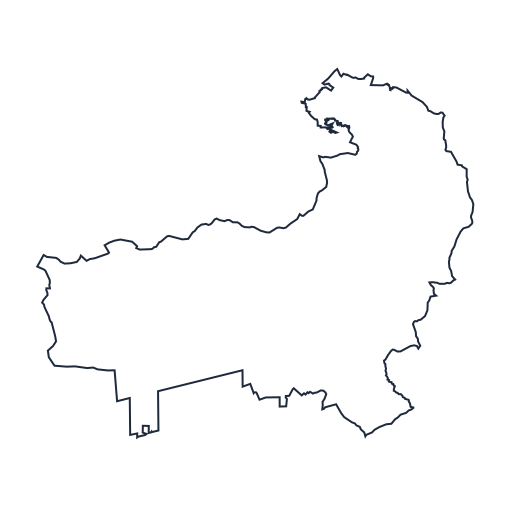 outline of Moldovenesti, Cluj, Romania, rotated 178°
{"feature_id": "2599482B7111939977002", "entity_name": "Moldovenesti", "entity_type": "district", "adm_level": 2, "iso_a3": "ROU", "parent_name": "Romania", "parent_adm1": "Cluj", "projection": "albers", "projection_center": [23.672, 46.466], "detail": "fine", "context": "isolated", "style": "outline", "palette": "slate", "viewbox_px": 512, "rotation_deg": 178, "n_neighbors": 0, "source": "geoboundaries", "source_scale": "gbopen_adm2", "svg_char_len": 6016}
<svg xmlns="http://www.w3.org/2000/svg" viewBox="0 0 512 512"><g transform="rotate(178 256 256)"><path d="M205.2,408.7L205.0,407.5L201.0,406.4L201.0,403.0L200.1,403.0L200.5,399.3L197.4,398.2L198.3,397.3L195.9,393.9L192.4,390.6L190.3,390.2L189.7,387.8L189.8,384.1L186.8,383.7L186.9,382.2L181.6,382.1L179.7,379.8L180.5,381.7L180.2,381.9L177.1,378.8L178.2,377.7L176.7,376.5L176.2,376.8L177.2,378.2L176.7,378.6L172.4,376.2L170.9,376.6L176.7,379.5L178.1,381.6L178.3,382.4L178.0,383.0L177.4,381.9L177.2,382.3L176.6,381.5L176.1,381.7L176.6,382.5L176.3,383.0L174.3,381.3L175.5,382.8L175.8,384.0L174.7,385.8L179.4,384.1L182.2,385.3L182.4,385.9L181.9,386.8L181.8,386.4L181.3,386.9L180.6,386.0L180.9,386.7L180.2,387.0L181.1,387.0L181.2,387.8L180.1,388.7L181.5,388.7L182.2,389.4L182.1,390.0L180.2,390.2L180.6,389.6L179.7,388.8L178.2,389.6L179.7,389.6L179.2,390.5L179.4,390.8L173.7,390.3L174.2,390.8L173.4,390.8L172.2,389.7L172.4,389.1L172.0,388.5L169.6,388.0L169.5,387.4L170.6,386.1L169.9,384.2L169.1,384.7L168.6,384.2L168.3,385.8L167.2,386.2L166.3,385.9L166.6,384.1L165.7,382.8L164.8,383.4L164.1,382.6L163.3,382.8L163.0,383.6L162.3,383.7L160.3,381.6L160.5,382.9L158.7,382.0L158.6,383.6L158.2,380.9L159.0,379.3L159.0,378.1L158.1,376.2L156.0,374.1L155.0,372.0L158.1,366.4L151.8,363.7L150.2,361.3L150.6,360.3L150.0,359.4L150.2,357.7L151.5,356.5L151.7,354.8L153.3,353.7L160.6,355.7L168.8,354.8L170.8,353.6L177.7,351.7L183.3,352.7L185.4,352.2L189.4,353.6L188.2,348.3L186.5,345.8L184.3,339.4L184.4,338.0L182.5,329.2L182.4,326.8L183.4,322.6L188.1,319.1L190.0,318.3L191.9,316.4L193.4,312.0L193.6,309.3L197.6,300.6L202.2,298.6L207.2,294.5L208.9,294.7L210.8,296.3L213.5,291.5L220.4,287.2L225.1,283.4L227.4,282.8L231.8,283.7L234.1,283.4L241.7,279.0L244.8,279.3L250.5,281.1L256.9,284.9L259.5,285.4L261.0,284.8L266.4,285.3L269.1,286.6L271.4,289.1L273.3,290.3L277.9,290.5L281.2,292.8L283.7,292.9L286.2,291.9L291.0,293.1L294.1,294.8L296.1,293.9L299.0,290.4L300.6,289.2L302.5,288.7L304.8,289.8L309.4,289.3L313.6,286.5L316.4,283.0L318.4,281.9L323.1,275.5L329.1,275.2L342.1,279.1L344.1,278.8L350.6,273.6L352.2,273.2L355.4,268.7L357.6,268.3L359.1,266.9L360.8,266.5L372.1,266.5L375.4,268.1L374.5,270.0L379.3,274.6L390.9,277.2L396.8,276.3L402.2,274.5L406.9,272.0L402.8,264.6L403.8,263.6L417.1,259.4L422.2,258.7L425.5,257.1L431.0,262.5L432.2,259.7L435.3,256.3L441.8,255.2L447.6,255.1L451.5,257.1L453.2,259.2L455.8,261.1L465.0,262.4L468.2,264.4L475.0,253.1L468.2,249.8L466.8,248.3L463.0,239.2L463.0,236.1L463.6,234.2L463.1,230.8L466.6,231.0L466.8,229.1L465.8,226.8L465.7,224.2L469.9,219.6L471.4,216.9L469.6,214.9L469.1,212.2L465.2,203.2L464.4,199.6L463.5,197.5L462.6,196.9L459.5,182.9L458.8,177.7L462.0,173.1L467.3,168.7L466.6,162.1L461.2,153.4L449.1,152.0L440.6,152.0L428.7,149.9L422.7,150.2L418.1,148.2L408.1,146.8L401.3,146.7L399.9,115.7L387.1,118.5L388.0,81.6L380.9,82.8L381.1,78.8L379.8,79.6L373.0,81.0L371.6,82.0L375.4,83.5L375.0,90.3L369.1,89.9L369.4,82.9L367.2,83.3L366.5,84.2L366.3,83.6L359.6,85.0L358.6,124.3L273.5,142.3L273.9,125.9L266.2,128.4L263.1,119.0L262.6,119.7L260.8,119.8L260.1,119.0L257.5,112.3L251.1,114.3L237.3,114.0L237.6,104.7L231.1,104.7L230.1,112.1L231.2,113.4L231.1,115.0L227.7,115.1L224.1,121.3L222.9,122.5L215.2,115.1L212.8,117.1L211.3,115.8L209.3,118.0L208.3,117.1L206.7,118.4L203.9,116.5L202.1,117.3L200.1,117.4L196.0,119.4L193.2,119.0L191.4,117.2L190.6,115.5L192.6,110.7L194.6,107.8L194.5,104.7L195.1,100.4L193.3,101.0L192.2,102.4L181.1,105.0L176.5,96.2L173.5,91.9L165.9,86.4L163.1,85.3L161.5,83.2L158.2,81.6L157.3,79.1L154.0,75.9L153.0,72.0L152.1,73.4L146.2,75.6L143.7,78.1L138.8,80.7L131.6,83.3L126.6,83.6L122.6,88.1L120.1,89.5L117.0,92.4L111.4,94.0L108.8,96.3L106.0,97.2L104.0,98.8L104.1,99.2L106.7,99.8L107.4,103.7L108.4,105.1L108.3,106.5L108.6,107.0L112.0,108.0L112.3,109.0L114.2,109.8L114.4,111.0L116.1,112.9L118.3,113.0L119.2,114.3L120.6,114.6L121.5,115.7L123.0,116.5L122.8,118.6L121.8,121.0L122.5,121.2L123.2,123.2L123.9,123.0L124.8,123.9L124.9,125.2L127.4,125.7L127.7,126.3L127.4,127.4L128.9,127.9L128.5,129.0L128.8,130.2L130.3,132.2L129.7,133.1L129.9,135.1L130.6,136.7L130.0,138.7L130.6,142.0L130.4,143.3L131.4,144.5L131.7,147.0L130.2,148.0L127.5,152.4L124.3,156.5L122.6,157.7L121.3,157.5L118.0,155.6L114.9,155.6L104.8,160.6L101.0,161.2L98.3,160.4L97.0,157.8L95.0,160.6L97.0,164.9L97.2,167.8L98.8,170.2L99.0,174.5L101.5,182.4L100.4,184.7L99.3,185.4L97.3,185.1L96.0,186.2L93.6,186.6L89.2,190.0L86.6,195.7L86.0,203.4L84.3,205.7L83.0,209.3L77.4,210.1L79.5,212.0L79.8,215.7L79.4,217.3L79.9,218.6L82.2,220.8L83.6,223.5L80.7,223.7L75.8,222.9L73.6,221.8L68.3,221.6L66.2,222.5L63.6,222.0L62.1,222.5L59.6,224.7L57.8,225.5L60.7,229.0L61.5,234.2L63.1,237.7L63.4,243.7L62.8,245.5L62.8,247.4L60.7,251.6L60.2,254.4L57.4,258.6L55.0,265.5L50.7,273.2L47.8,276.4L42.4,277.8L39.1,280.7L38.6,281.8L38.8,284.3L39.7,286.6L39.7,288.6L38.0,292.5L37.0,300.2L38.2,304.3L40.1,307.2L41.9,313.2L42.6,322.6L41.8,324.9L42.7,328.0L42.4,335.4L46.8,338.3L47.1,339.4L51.4,340.3L52.2,343.2L57.5,353.3L62.1,354.2L63.0,355.5L62.2,357.7L62.1,359.8L62.8,365.1L64.0,365.9L64.3,366.7L63.4,373.9L64.8,377.8L64.8,383.3L63.9,387.9L62.6,389.7L64.7,392.7L66.4,393.0L68.6,391.6L70.6,391.6L73.4,392.4L76.6,394.6L78.7,395.2L80.0,399.1L84.2,404.0L94.9,410.9L98.7,415.9L98.6,413.9L100.2,414.0L109.8,419.5L112.9,420.0L112.9,419.2L113.9,418.4L114.4,419.1L115.1,419.0L115.5,417.8L115.8,418.4L116.2,416.4L116.4,419.8L117.1,421.7L118.4,422.5L117.8,422.8L119.0,423.7L123.1,422.1L135.3,422.8L132.7,429.6L132.7,431.3L135.0,431.6L137.9,433.7L141.9,430.2L141.8,429.6L144.7,429.2L147.7,429.4L150.4,431.0L152.0,430.6L153.5,431.0L158.6,434.1L158.9,433.7L162.2,435.1L164.4,432.4L165.7,433.9L168.3,440.0L171.1,437.9L177.6,430.9L183.4,426.4L181.6,424.9L177.5,425.8L176.7,425.3L176.6,424.3L172.9,421.6L175.2,418.7L180.1,422.1L183.6,421.6L184.0,421.5L184.1,420.4L185.4,420.1L185.3,419.4L186.9,418.6L186.6,417.6L191.8,412.2L191.7,411.7L197.2,410.3L198.5,410.5L200.1,411.9L200.5,411.1L201.3,411.1L201.9,408.1L205.2,408.7Z" fill="none" stroke="#1e293b" stroke-width="2"/></g></svg>